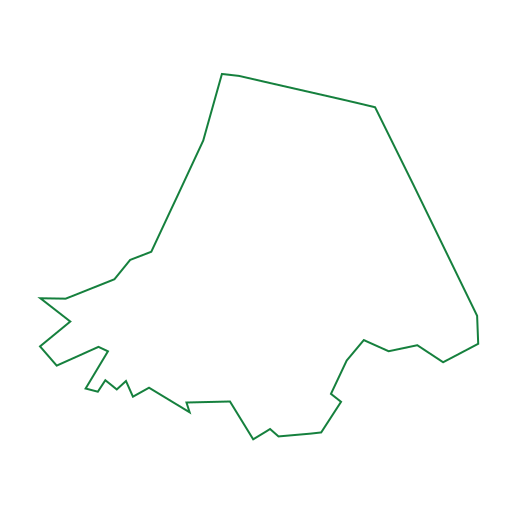 Fayette, Kentucky, United States of America, rotated 88°
{"feature_id": "52423323B24182846637781", "entity_name": "Fayette", "entity_type": "district", "adm_level": 2, "iso_a3": "USA", "parent_name": "United States of America", "parent_adm1": "Kentucky", "projection": "natural_earth1", "projection_center": [-84.424, 38.027], "detail": "fine", "context": "isolated", "style": "outline", "palette": "green", "viewbox_px": 512, "rotation_deg": 88, "n_neighbors": 0, "source": "geoboundaries", "source_scale": "gbopen_adm2", "svg_char_len": 733}
<svg xmlns="http://www.w3.org/2000/svg" viewBox="0 0 512 512"><g transform="rotate(88 256 256)"><path d="M107.1,147.7L103.2,162.1L83.6,236.1L75.4,266.8L72.9,283.7L126.8,300.9L138.8,304.7L159.8,315.4L193.8,332.7L206.8,339.4L248.1,360.5L255.5,381.9L274.3,398.3L292.0,447.7L290.7,473.0L315.0,443.9L338.8,475.0L358.6,459.0L341.3,416.6L346.1,407.3L382.5,430.9L386.1,418.8L374.9,410.9L384.5,399.8L376.4,390.3L392.3,383.9L383.9,367.5L409.9,327.8L400.0,330.6L400.5,287.1L439.1,265.2L431.5,251.6L429.4,248.0L437.1,239.8L435.4,207.3L434.6,197.0L404.7,176.1L396.4,185.9L363.6,169.0L343.8,151.2L355.8,126.8L350.8,97.9L368.7,72.7L351.5,37.0L323.5,37.1L190.6,96.1L111.5,131.8L107.1,147.7Z" fill="none" stroke="#15803d" stroke-width="2"/></g></svg>